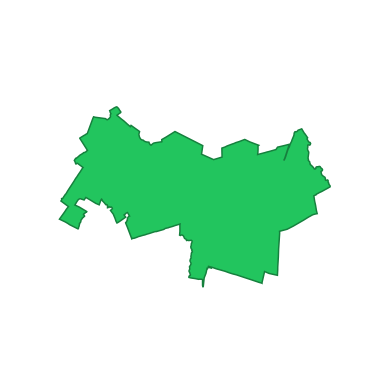 Vlasinesti, Botosani, Romania, rotated 238°
{"feature_id": "2599482B22967990997973", "entity_name": "Vlasinesti", "entity_type": "district", "adm_level": 2, "iso_a3": "ROU", "parent_name": "Romania", "parent_adm1": "Botosani", "projection": "albers", "projection_center": [26.916, 47.927], "detail": "fine", "context": "isolated", "style": "filled", "palette": "green", "viewbox_px": 384, "rotation_deg": 238, "n_neighbors": 0, "source": "geoboundaries", "source_scale": "gbopen_adm2", "svg_char_len": 6061}
<svg xmlns="http://www.w3.org/2000/svg" viewBox="0 0 384 384"><g transform="rotate(238 192 192)"><path d="M213.4,240.6L205.7,236.0L208.0,227.5L219.0,220.1L225.6,225.7L252.3,209.6L252.3,199.2L252.5,194.1L250.9,193.3L250.6,193.0L252.9,187.8L253.7,185.6L253.8,185.0L253.6,183.3L253.4,182.1L253.5,182.0L254.7,181.5L255.6,181.7L256.2,181.6L256.9,181.9L257.1,181.9L258.6,179.8L259.1,179.5L259.8,178.8L260.4,178.5L261.6,178.2L261.9,178.0L262.9,177.0L263.7,176.6L264.8,176.5L266.5,176.6L269.1,177.5L269.4,177.7L270.1,178.6L271.1,179.6L280.8,175.6L280.1,174.3L284.3,173.0L288.3,171.9L291.2,170.8L296.8,169.0L297.0,169.4L297.0,170.9L297.1,171.8L297.1,173.2L297.2,173.7L297.6,174.0L297.8,174.1L299.9,173.9L301.8,174.0L304.0,173.4L304.3,172.8L304.5,171.2L304.6,169.9L304.5,169.3L304.6,165.3L303.9,165.2L302.6,164.8L301.3,164.7L300.7,163.6L299.1,162.8L298.7,162.2L298.3,160.7L298.1,159.3L298.2,158.7L298.2,158.3L298.5,158.1L300.1,157.5L306.7,149.5L307.9,148.4L307.0,147.0L297.0,134.1L297.2,133.1L297.1,131.7L297.2,130.4L297.2,128.0L297.2,125.5L297.0,125.3L282.7,125.4L282.6,124.4L282.3,123.5L282.4,122.0L282.7,121.4L282.8,120.8L282.6,120.0L282.6,116.1L282.2,114.2L282.0,112.1L281.8,111.7L282.2,111.4L282.1,110.9L281.1,108.9L279.8,108.9L277.5,108.3L277.2,108.5L277.3,109.7L277.0,110.1L270.5,112.6L270.4,112.1L268.4,108.0L266.8,104.3L265.9,102.5L265.2,100.6L263.7,97.7L258.8,87.1L257.3,84.3L257.2,84.0L257.1,83.3L255.6,80.0L255.2,79.4L255.2,78.9L255.5,78.1L255.5,77.9L254.7,77.6L254.4,77.3L253.8,76.1L245.1,79.5L243.9,76.2L242.8,73.9L239.2,65.2L233.7,68.7L230.8,70.2L229.3,70.8L221.1,75.8L221.3,76.4L222.3,77.3L222.8,78.1L223.7,78.9L224.2,79.5L224.8,79.7L225.1,80.3L225.0,80.6L225.4,81.5L225.8,82.0L226.5,82.5L226.9,82.9L227.7,84.9L228.1,85.3L228.0,86.4L228.5,87.5L228.3,87.9L228.8,88.2L229.3,88.3L230.1,87.9L230.4,88.0L230.8,88.5L230.8,90.0L231.1,91.2L231.1,91.4L230.8,91.8L231.2,92.4L239.0,88.4L243.0,85.8L244.8,89.2L245.7,91.3L245.8,91.8L245.8,92.5L245.7,93.4L245.5,93.7L242.4,96.3L243.0,97.6L243.6,99.1L239.7,101.2L233.1,104.5L232.2,105.2L230.3,106.5L233.4,110.4L233.9,111.5L233.4,111.7L232.5,111.4L231.9,111.4L229.6,111.9L226.9,112.2L226.6,112.4L226.6,113.0L226.2,113.2L225.9,113.3L225.4,113.2L223.4,112.0L223.2,112.5L223.3,113.0L223.5,113.6L223.4,113.9L223.0,114.2L222.4,114.3L222.3,115.3L222.1,115.6L221.2,115.9L220.7,115.8L220.0,115.6L219.6,113.1L215.0,113.5L210.1,112.7L207.7,112.1L205.5,111.9L205.4,112.3L205.4,114.9L205.8,122.5L208.3,122.2L208.6,122.3L208.6,123.4L209.0,125.1L208.8,126.4L204.7,126.3L204.9,125.6L204.8,125.2L204.3,124.0L203.5,123.0L203.1,122.6L202.2,122.1L202.1,121.9L202.0,121.3L201.2,120.4L201.3,119.7L201.1,119.4L200.8,119.3L196.1,118.5L184.1,116.1L184.2,117.1L183.6,118.0L183.2,119.4L182.8,121.3L182.5,123.3L182.2,124.0L181.2,127.7L180.9,128.4L180.5,129.8L180.1,131.6L179.5,133.6L178.2,138.9L177.9,139.8L177.3,140.9L175.2,148.3L175.3,149.6L175.1,150.6L174.2,153.1L174.2,153.5L173.1,157.3L172.5,160.0L171.5,163.6L171.2,164.9L170.2,164.1L165.0,160.9L162.0,158.6L161.3,159.0L161.2,160.1L161.0,160.5L160.6,160.9L159.7,161.4L158.6,161.4L156.9,161.1L156.3,161.2L155.2,161.9L153.8,161.7L153.6,161.8L153.5,162.5L153.4,162.8L152.6,163.4L151.6,165.5L151.3,165.9L150.7,166.1L149.8,165.7L149.3,165.2L149.1,165.0L148.4,163.9L147.1,163.1L146.6,162.3L145.9,161.8L144.7,161.4L144.3,161.3L143.4,161.5L142.9,161.2L142.4,160.8L141.7,160.8L141.0,160.5L140.9,159.7L140.4,159.0L138.9,157.9L138.2,157.1L136.5,156.2L136.2,155.6L136.0,155.1L135.6,154.7L134.8,153.9L134.0,153.6L132.5,153.5L131.5,153.0L130.4,151.4L130.3,150.7L130.0,150.3L127.9,149.3L127.7,149.1L127.1,148.1L126.8,147.8L125.9,147.3L125.1,147.4L124.4,147.3L123.5,146.8L122.8,146.9L122.6,146.8L122.2,146.4L122.1,146.0L122.3,145.4L122.2,145.3L122.1,144.9L121.7,144.4L121.2,144.1L119.8,145.4L116.9,148.8L114.4,151.4L113.9,152.5L113.2,153.4L112.9,154.0L112.1,154.5L107.3,151.5L106.0,151.0L105.8,151.4L112.7,156.8L115.6,160.7L119.2,164.2L118.7,164.5L119.6,165.8L117.1,168.2L117.4,168.6L119.9,166.3L120.2,166.6L117.3,169.3L114.0,171.9L107.4,177.9L103.7,180.8L101.0,183.1L98.3,185.7L92.6,190.4L85.9,196.0L79.9,200.9L78.7,202.0L78.0,202.7L77.5,203.0L78.2,203.5L86.1,211.4L82.1,214.2L76.1,220.3L80.5,223.4L83.0,225.0L91.0,230.7L97.7,235.2L109.9,244.0L110.9,244.7L112.3,245.4L110.0,252.9L109.4,259.9L109.0,272.0L109.0,278.0L108.9,278.8L108.8,281.4L108.6,282.9L108.0,284.9L107.3,286.7L110.4,287.7L115.4,289.8L119.1,291.1L124.2,293.3L123.9,295.9L124.2,296.0L124.2,296.9L124.1,297.5L124.0,300.0L123.7,302.0L123.2,311.4L123.2,311.9L124.2,312.4L125.8,312.2L126.5,312.3L126.8,312.6L127.2,312.7L128.1,312.6L129.4,313.4L129.7,313.5L130.3,313.4L130.5,313.2L130.8,311.9L130.9,311.7L131.3,311.5L131.8,311.6L132.4,312.1L133.8,312.5L134.2,312.5L134.6,312.2L135.3,312.0L135.6,311.8L137.2,311.3L138.2,311.2L141.0,312.2L141.1,312.7L141.0,313.4L141.3,314.1L141.7,314.5L142.9,314.6L144.0,314.1L145.5,314.1L145.9,313.9L146.2,313.6L146.4,313.3L146.5,312.4L147.2,311.3L147.3,310.8L147.3,310.4L147.2,310.1L146.5,309.7L146.3,309.3L146.3,308.6L146.7,308.0L147.0,307.9L147.5,308.0L148.2,308.0L151.6,307.3L152.1,307.0L152.7,306.8L153.3,307.2L153.8,307.2L155.4,307.8L155.7,307.8L156.4,307.5L157.2,307.4L158.1,308.1L158.8,308.2L159.2,308.3L163.4,311.8L164.2,312.2L166.1,312.3L167.4,312.8L167.8,313.1L168.9,314.2L169.7,314.5L170.4,315.0L170.4,315.6L169.8,316.1L169.4,316.7L169.4,317.1L169.5,317.4L170.3,318.3L171.4,318.4L172.3,317.7L173.0,317.5L175.9,317.6L176.3,318.0L176.7,318.8L181.4,318.6L182.3,318.4L187.4,318.5L188.2,314.7L187.8,313.7L187.7,312.9L187.8,312.5L188.3,311.7L188.5,311.1L188.0,310.6L187.9,310.3L187.9,309.9L187.3,309.5L186.2,308.6L185.4,307.6L183.3,304.6L182.1,303.2L181.3,301.8L180.2,300.2L178.6,298.3L178.3,297.8L177.9,296.9L176.8,295.4L172.4,290.2L171.1,288.5L170.0,286.6L170.4,286.9L171.0,287.9L172.5,289.8L180.9,299.8L182.7,294.2L184.7,288.3L183.5,285.7L185.5,278.8L186.4,276.1L186.6,275.2L189.0,267.5L190.7,268.9L193.3,270.7L196.0,272.3L196.2,273.4L203.7,267.7L208.6,264.6L209.8,258.6L210.7,255.2L210.9,253.4L211.4,251.4L212.5,245.9L212.6,244.1L213.4,240.6Z" fill="#22c55e" stroke="#15803d" stroke-width="1.5"/></g></svg>